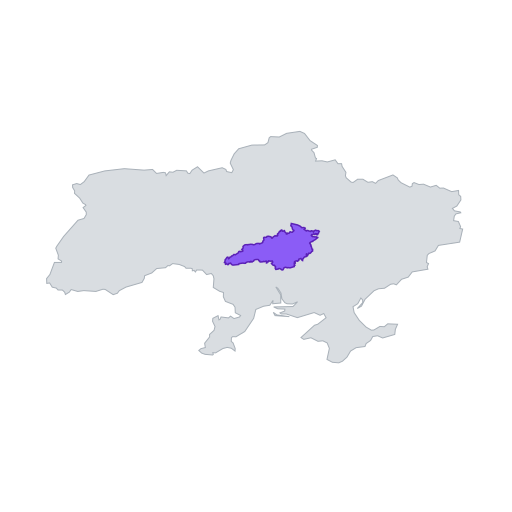 location of Kirovohrad within Ukraine, rotated 352°
{"feature_id": "UKR-320", "entity_name": "Kirovohrad", "entity_type": "Region", "adm_level": 1, "iso_a3": "UKR", "parent_name": "Ukraine", "parent_adm1": "", "projection": "robinson", "projection_center": [32.137, 48.505], "detail": "fine", "context": "in_parent", "style": "filled", "palette": "violet", "viewbox_px": 512, "rotation_deg": 352, "n_neighbors": 0, "source": "natural_earth", "source_scale": "10m", "svg_char_len": 9458}
<svg xmlns="http://www.w3.org/2000/svg" viewBox="0 0 512 512"><g transform="rotate(352 256 256)"><path d="M349.3,334.1L355.1,341.7L359.9,345.5L362.4,345.7L368.9,343.0L373.2,343.9L377.0,341.5L386.7,343.3L383.8,348.0L382.5,353.0L370.0,354.8L365.3,351.9L360.4,352.0L357.7,355.6L352.9,358.0L351.3,360.8L342.4,360.7L336.4,363.3L332.0,368.8L327.0,372.2L323.1,373.3L316.9,371.9L311.9,368.3L315.8,357.7L314.4,352.0L310.4,349.3L305.5,349.1L299.0,344.6L291.7,345.2L289.2,343.0L304.3,332.7L307.6,332.2L316.8,326.9L315.1,322.4L311.2,323.6L305.7,320.1L288.4,322.8L277.9,317.6L273.0,316.9L271.8,315.7L276.8,314.5L277.2,312.6L270.2,311.3L266.4,308.9L285.6,311.2L290.8,307.1L285.5,308.6L280.1,307.6L278.1,306.3L275.7,302.1L275.6,296.2L273.2,291.0L271.3,289.4L275.0,297.9L274.0,306.0L265.9,305.6L266.7,302.3L262.8,306.7L256.5,306.8L248.4,308.9L245.0,317.4L234.4,329.2L224.9,333.2L221.6,332.6L220.3,333.5L219.6,337.1L221.2,338.9L222.5,344.7L222.0,347.2L218.7,343.9L214.8,342.5L210.4,343.0L202.5,346.3L199.8,345.7L200.0,347.5L199.3,348.0L191.9,346.3L188.7,344.6L186.2,341.6L188.6,340.1L193.1,339.6L193.0,335.2L198.8,329.7L199.1,327.2L204.1,323.8L205.6,320.1L203.9,314.6L204.6,311.7L210.1,309.8L210.4,314.1L211.6,313.7L212.9,311.5L220.2,313.5L222.4,312.0L225.5,314.9L231.2,314.1L232.5,312.8L227.6,309.3L228.1,303.8L226.6,300.7L219.4,296.7L218.0,291.9L218.7,287.6L215.1,285.9L209.3,281.2L211.2,272.7L210.9,269.5L209.3,267.1L204.5,267.5L201.0,262.5L195.3,261.6L193.7,263.4L192.8,261.7L190.9,261.8L191.1,259.7L189.7,259.0L185.0,258.4L183.8,256.5L178.8,253.7L172.4,251.9L169.0,253.7L167.4,253.2L164.8,255.0L155.9,254.6L150.4,258.3L143.0,260.0L142.2,262.7L139.4,266.3L122.9,268.7L115.8,271.3L113.5,273.6L109.2,274.4L102.0,268.1L99.8,267.6L92.5,268.8L80.6,266.3L74.5,266.3L68.3,263.5L66.1,265.8L61.9,267.6L61.5,265.2L59.6,262.8L55.2,262.1L53.8,260.0L49.9,258.5L47.9,254.0L45.0,254.0L45.5,249.2L49.3,245.7L55.5,234.3L62.5,235.3L62.8,234.0L59.6,231.3L60.4,227.7L58.8,220.4L60.2,218.5L68.3,209.8L84.7,195.8L90.9,194.9L93.7,191.4L94.0,188.9L91.5,184.0L94.6,182.3L94.4,181.4L91.9,179.5L89.4,174.1L85.0,168.7L85.5,166.3L84.0,162.7L84.2,160.0L88.5,159.3L92.0,160.8L96.2,158.5L101.9,152.6L118.1,150.7L137.8,151.2L157.1,155.4L165.6,155.9L169.0,160.4L176.0,160.3L178.0,161.1L178.2,163.9L181.9,160.6L185.4,161.5L189.4,160.1L198.9,162.0L200.0,164.5L201.9,165.2L204.7,162.1L210.5,159.5L216.0,166.6L220.8,165.1L234.8,163.9L238.2,166.1L238.7,168.3L243.6,170.1L245.6,167.4L243.4,160.4L244.6,157.7L248.6,151.8L253.8,147.4L267.4,145.6L280.0,147.2L283.6,145.4L285.5,140.8L287.1,139.8L295.6,141.4L303.4,138.8L316.8,138.7L321.1,141.4L325.6,149.3L332.2,155.1L331.8,156.9L325.9,158.0L325.8,159.0L327.8,161.7L328.5,167.2L329.5,167.9L328.2,170.3L334.6,170.9L339.7,172.8L347.8,171.8L350.0,176.0L353.6,176.5L353.7,179.2L356.7,185.7L355.7,189.0L356.2,191.1L360.5,196.1L362.4,196.7L367.4,194.1L372.6,194.9L377.1,198.6L381.6,198.6L384.5,200.7L387.6,198.3L402.9,194.8L406.8,198.3L407.4,200.5L409.8,203.6L417.9,209.2L420.2,208.6L420.9,206.1L422.7,205.3L427.3,207.9L431.9,208.2L438.3,212.0L444.3,211.1L447.4,214.4L451.1,214.8L458.7,219.5L465.7,219.3L465.3,223.6L467.0,225.5L466.7,229.0L461.8,234.5L457.1,236.2L458.8,238.9L464.4,240.8L464.8,241.7L459.9,242.1L457.9,244.1L456.6,248.5L461.2,250.0L462.7,255.4L461.7,257.1L464.4,258.1L459.6,270.6L438.1,270.9L434.0,275.9L427.6,277.6L425.7,279.1L423.9,286.2L425.8,287.5L424.0,290.5L424.4,293.0L408.5,293.5L403.8,298.1L396.9,299.3L391.0,304.1L388.5,302.7L385.4,302.7L378.8,305.8L372.8,305.5L368.1,306.8L358.0,314.0L353.5,320.3L349.0,322.1L355.2,317.0L355.5,314.3L354.0,312.2L350.1,317.4L345.0,319.7L345.3,325.7L349.3,334.1ZM280.6,320.7L266.6,317.7L265.3,314.2L268.4,317.2L280.6,320.7Z" fill="#d9dde1" stroke="#a8b0b8" stroke-width="1"/><path d="M295.5,228.7L301.4,231.0L304.0,232.7L304.6,233.4L305.0,234.1L305.3,234.3L307.5,234.5L307.7,234.9L308.5,235.1L308.6,235.4L308.0,235.7L308.0,236.2L307.9,236.3L307.5,236.5L308.1,237.0L308.7,237.7L309.4,238.2L309.7,238.1L309.9,237.8L310.5,237.9L311.2,238.1L311.8,238.6L312.8,238.9L313.2,239.3L313.4,239.3L313.9,239.1L314.1,238.7L314.5,238.7L315.4,239.1L315.8,239.4L316.1,239.8L316.2,240.3L316.3,240.3L316.5,240.1L316.7,239.4L316.8,239.2L317.6,239.1L317.8,239.0L318.0,238.8L318.8,238.7L319.4,239.3L319.9,239.4L321.1,239.5L321.4,239.6L322.1,240.4L321.5,241.1L321.3,241.8L320.7,242.4L320.5,242.5L320.1,243.4L319.9,243.5L319.6,243.5L319.6,243.2L319.4,243.0L319.3,242.5L319.1,242.6L318.9,242.9L318.7,243.0L318.6,242.8L318.7,242.3L318.5,242.2L318.2,242.1L317.5,242.7L317.2,242.9L316.8,242.7L316.6,242.2L316.3,242.1L316.0,242.2L315.1,242.8L314.8,242.8L314.5,242.5L314.2,242.5L313.6,243.2L313.6,243.3L313.7,243.7L313.8,243.8L314.2,244.1L314.4,244.5L314.6,244.7L316.0,244.9L316.8,245.3L318.3,245.4L318.5,245.5L318.6,245.9L319.7,246.1L319.8,246.2L319.6,246.5L319.3,246.7L318.5,246.9L317.5,247.8L314.9,248.8L314.2,249.5L313.9,249.5L313.8,249.3L311.8,250.0L311.0,250.5L310.9,250.8L311.0,251.1L311.4,251.3L311.4,251.7L311.5,251.9L312.0,252.9L311.9,253.1L311.7,253.3L311.7,253.5L311.7,253.8L312.0,254.0L312.2,255.0L312.4,256.8L312.4,257.0L312.8,257.1L313.0,257.2L313.0,257.4L312.7,259.0L311.7,259.3L311.4,259.8L310.1,260.8L309.7,260.9L309.4,260.9L309.0,260.6L308.8,260.5L308.5,261.0L307.6,261.9L307.1,262.9L307.0,263.0L306.7,262.9L306.6,262.5L306.6,262.2L306.8,261.8L306.6,261.0L306.5,260.9L306.3,260.9L306.2,261.0L305.9,262.1L306.0,262.8L305.9,263.4L305.6,263.6L305.0,263.7L304.2,263.6L303.3,264.1L302.7,264.9L302.0,265.3L301.5,267.0L301.0,266.7L301.0,266.1L300.5,265.5L300.3,265.3L300.2,264.9L300.1,264.7L299.4,265.0L298.4,264.9L298.0,265.1L297.8,265.4L297.9,266.0L297.7,266.3L297.0,266.4L296.9,266.5L296.6,267.0L296.3,267.0L296.1,266.9L295.9,266.8L295.6,266.4L295.4,266.4L294.9,266.5L294.0,266.7L293.5,266.9L293.2,267.3L293.1,267.7L293.3,268.0L293.9,268.1L293.9,268.6L292.9,268.9L292.7,269.0L292.7,269.3L292.9,269.7L292.9,270.2L293.2,270.5L292.4,270.9L292.4,271.8L288.1,272.5L286.0,271.9L285.2,272.1L284.7,271.7L283.8,271.3L283.4,271.3L282.6,271.4L282.1,271.6L281.0,273.2L280.8,273.4L280.3,273.5L279.4,273.2L279.1,272.9L278.7,272.3L277.6,271.7L276.5,271.6L276.3,271.7L276.2,272.0L273.8,272.1L273.6,271.9L273.6,271.1L273.3,270.8L273.3,270.6L273.4,270.3L273.9,269.6L273.8,269.2L273.2,268.5L273.1,268.0L272.8,267.7L272.6,267.6L271.9,267.7L271.6,267.4L271.3,267.1L270.2,265.5L270.3,265.3L271.2,265.0L271.6,264.6L271.7,264.3L271.7,264.1L271.4,263.2L271.0,263.1L270.0,263.3L269.4,263.0L269.0,263.0L268.7,263.0L268.3,262.6L268.0,262.5L267.4,262.8L267.4,263.0L267.4,263.3L267.3,263.5L266.7,263.6L266.4,263.4L266.1,263.5L265.9,263.7L265.9,264.3L265.6,264.4L265.3,264.3L265.3,264.1L265.5,263.6L265.6,263.0L265.5,262.7L265.4,262.5L264.0,262.6L263.3,262.8L262.9,262.7L262.7,262.4L261.6,262.7L259.4,262.5L259.1,262.3L258.9,262.1L258.9,261.3L258.2,261.1L257.9,260.0L257.8,259.9L257.5,259.8L256.7,259.6L255.0,259.5L254.5,259.5L253.7,259.8L253.4,260.0L253.2,260.1L253.1,260.5L252.9,260.7L252.0,260.9L251.5,261.3L251.3,261.4L250.8,261.3L250.7,261.2L250.6,260.7L250.4,260.6L250.1,260.5L249.8,260.7L249.6,260.9L249.4,261.2L249.2,261.3L249.0,261.2L248.8,261.1L248.7,260.8L246.6,260.7L245.2,261.1L244.7,261.7L243.4,261.6L242.4,261.3L241.8,261.2L238.1,261.2L238.0,261.3L237.7,262.0L231.9,261.8L231.1,261.4L230.6,260.9L229.9,259.5L229.0,259.8L228.9,259.8L228.4,259.5L228.2,259.5L227.4,260.6L227.2,260.7L226.9,260.7L226.4,260.1L225.9,259.8L224.7,260.0L224.6,259.8L225.0,259.3L224.9,258.9L225.0,258.6L224.8,258.5L224.1,258.3L223.8,258.1L223.9,257.9L224.4,257.3L224.7,256.7L224.8,255.6L225.8,254.7L226.9,253.5L227.3,253.2L227.6,253.2L228.0,253.2L228.1,253.4L228.1,253.8L228.3,254.1L228.5,254.7L228.6,254.9L229.0,254.7L229.6,254.1L230.0,253.5L231.0,253.4L231.3,253.2L231.8,252.6L232.6,252.6L232.9,252.5L233.5,252.0L234.4,251.4L234.7,251.5L235.2,251.8L235.9,251.9L236.1,251.7L239.1,250.3L239.3,249.6L239.6,249.2L240.4,249.1L240.8,249.1L241.0,249.2L241.2,249.6L241.5,249.6L243.2,249.5L243.6,249.3L243.7,248.8L243.6,248.1L242.8,247.7L243.1,247.3L244.2,246.5L244.5,245.5L244.4,245.2L244.4,244.9L244.6,244.6L245.8,243.8L246.6,243.4L247.7,243.4L248.4,243.5L248.9,243.5L249.2,243.8L249.4,243.8L250.5,243.6L251.0,243.7L252.2,243.6L254.1,244.0L254.9,244.5L255.2,244.5L256.3,244.5L256.7,244.4L257.8,243.8L258.9,243.7L259.7,243.9L260.5,243.9L260.9,244.0L261.1,244.2L261.3,244.5L261.7,244.3L262.2,244.3L264.0,243.8L264.5,243.5L264.9,242.2L265.8,241.6L266.0,241.3L266.1,240.8L266.0,239.3L266.2,238.9L266.4,238.7L266.8,238.6L267.5,238.8L268.9,238.9L269.1,238.8L269.5,238.2L270.8,238.1L272.6,238.7L273.4,239.1L273.7,239.4L274.0,240.4L274.1,240.5L274.4,240.6L274.8,240.4L275.7,239.5L276.0,239.3L277.0,239.0L277.7,238.5L278.0,238.7L278.1,238.9L279.0,238.8L279.2,239.0L279.3,239.1L279.9,239.1L280.1,239.0L280.3,238.8L280.5,238.1L280.5,237.9L280.2,237.6L280.4,237.1L281.6,236.4L282.5,235.1L282.7,234.9L283.7,235.0L283.8,234.8L283.8,234.5L283.8,234.3L284.1,234.1L284.9,233.8L285.1,233.8L285.1,234.4L285.5,234.6L285.6,234.9L285.7,235.1L286.6,235.2L286.9,235.1L287.5,234.7L287.7,234.8L287.7,235.0L287.7,235.8L287.9,236.1L288.9,237.2L289.1,237.7L289.1,238.4L289.3,238.5L289.7,238.6L289.9,238.5L290.0,238.4L290.1,237.8L290.4,237.7L290.5,237.7L291.1,238.0L291.6,238.1L291.9,238.0L292.6,237.5L292.9,236.9L293.2,236.8L293.6,236.9L294.5,237.4L294.9,237.5L295.4,237.5L295.8,237.1L296.9,236.4L297.1,236.1L297.1,235.9L296.5,235.7L296.4,235.5L295.8,234.2L295.8,232.8L295.6,232.1L295.3,231.5L294.7,231.0L294.7,230.8L295.3,229.5L295.5,228.7Z" fill="#8b5cf6" stroke="#5b21b6" stroke-width="1.5"/></g></svg>